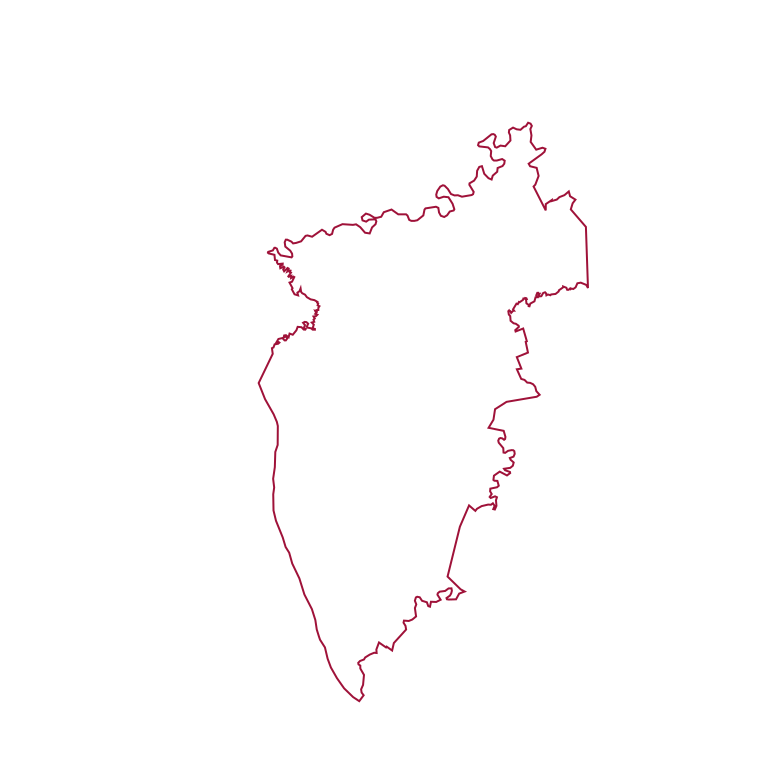 outline of Uthungulu, KwaZulu-Natal, South Africa, rotated 115°
{"feature_id": "47623444B51210648784187", "entity_name": "Uthungulu", "entity_type": "district", "adm_level": 2, "iso_a3": "ZAF", "parent_name": "South Africa", "parent_adm1": "KwaZulu-Natal", "projection": "robinson", "projection_center": [31.342, -28.763], "detail": "fine", "context": "isolated", "style": "outline", "palette": "rose", "viewbox_px": 768, "rotation_deg": 115, "n_neighbors": 0, "source": "geoboundaries", "source_scale": "gbopen_adm2", "svg_char_len": 6156}
<svg xmlns="http://www.w3.org/2000/svg" viewBox="0 0 768 768"><g transform="rotate(115 384 384)"><path d="M436.1,498.0L448.0,485.4L458.1,471.2L463.6,465.1L466.9,462.5L484.2,454.6L491.5,453.8L505.5,447.8L516.8,444.4L524.2,439.8L530.7,437.8L545.3,430.7L553.6,424.1L565.9,410.9L573.3,404.3L577.0,398.6L585.5,391.3L596.0,378.5L608.4,367.2L618.5,354.2L626.9,346.5L634.9,341.2L640.2,336.4L642.8,333.9L647.7,326.2L656.8,319.0L663.4,312.3L670.5,302.3L676.7,291.5L680.8,279.7L681.9,272.4L674.7,270.9L673.1,273.9L670.4,275.7L665.6,275.8L656.1,279.2L651.9,285.2L649.2,286.5L648.9,288.6L647.6,289.5L645.2,288.7L642.1,285.7L639.8,285.5L635.2,282.5L631.7,279.3L630.9,277.0L627.9,278.7L620.4,279.3L621.9,270.8L620.9,270.6L622.1,264.0L614.6,265.6L597.2,260.2L594.1,262.3L592.1,265.4L590.0,265.9L588.3,261.4L585.5,258.8L581.1,256.7L574.0,261.3L570.1,261.6L567.4,264.4L564.0,264.9L562.8,264.0L562.2,261.5L564.4,257.9L563.7,252.9L566.6,250.0L566.4,248.2L561.5,249.4L559.5,244.6L555.6,241.5L552.4,246.5L550.9,246.8L548.7,245.8L545.7,241.1L542.0,239.1L540.7,236.5L542.7,235.1L545.4,234.6L547.9,234.8L551.6,236.9L552.5,236.0L552.0,234.3L548.7,227.7L542.2,227.3L538.0,223.2L537.7,227.8L531.7,245.0L481.3,254.9L458.1,255.6L460.4,247.6L457.8,247.0L453.4,243.9L449.3,238.7L448.2,236.0L446.1,234.9L447.7,232.2L451.2,232.1L450.9,230.5L446.9,230.6L442.0,233.4L438.9,233.8L438.9,235.9L442.2,239.1L441.7,240.5L438.2,239.9L436.4,242.5L433.9,243.4L429.8,237.9L427.7,237.0L423.9,240.3L425.0,243.1L424.7,244.3L420.6,245.6L414.5,242.1L414.9,233.9L411.4,232.0L410.5,232.7L411.0,237.9L410.1,239.4L406.6,234.1L403.6,232.7L400.3,233.3L399.2,237.2L397.9,238.7L395.1,235.9L392.1,236.0L389.8,237.5L389.4,238.8L390.0,240.4L392.1,243.3L395.2,245.1L395.6,246.7L391.7,248.8L388.7,255.2L387.1,256.5L384.9,256.6L383.8,255.7L383.3,253.8L383.8,251.6L382.7,251.0L380.6,251.6L375.9,255.7L379.5,270.7L370.1,269.7L359.9,272.7L348.4,265.4L331.0,240.2L328.0,238.4L326.1,242.9L322.6,245.8L321.2,248.8L321.2,252.0L322.2,254.8L320.9,258.4L321.4,261.8L314.5,269.8L312.0,266.0L303.5,275.0L294.7,266.8L285.9,273.4L284.9,272.6L274.9,281.3L280.8,286.9L279.7,287.8L275.2,285.9L274.3,286.6L273.7,290.0L274.2,292.2L273.2,296.0L269.1,298.3L268.3,300.2L265.5,302.1L264.6,301.8L265.2,301.2L264.6,300.3L265.8,298.8L263.0,297.9L262.6,297.1L261.8,298.6L255.2,297.9L255.1,296.5L252.6,296.4L252.6,295.7L249.1,293.6L247.6,293.8L247.3,292.5L246.4,292.5L246.1,291.2L246.8,290.4L247.4,291.0L250.7,289.0L251.2,286.2L252.3,285.8L252.1,285.0L249.3,285.4L245.5,282.6L241.4,283.3L240.5,281.6L239.3,283.5L236.6,283.6L236.2,282.8L237.0,282.3L236.4,281.1L239.1,281.3L238.9,280.1L237.9,278.5L234.3,278.2L232.8,276.8L233.3,275.5L235.0,274.3L233.6,273.3L233.2,270.7L232.2,270.4L229.9,266.6L226.3,264.8L225.2,265.1L220.7,262.5L219.9,262.9L219.7,259.4L221.2,257.8L220.6,256.5L218.7,255.7L219.2,254.9L218.3,254.4L217.9,252.6L215.4,251.2L211.0,251.3L209.0,248.5L208.7,242.6L210.8,239.7L156.3,267.4L146.8,288.5L140.5,289.4L136.0,288.4L135.2,294.7L131.4,297.9L136.6,300.3L140.5,304.0L143.8,305.3L147.4,309.4L146.4,309.7L152.6,313.4L158.3,310.8L141.8,331.9L139.4,331.1L130.1,331.8L123.6,337.0L124.9,343.6L123.2,346.0L109.2,338.2L105.7,336.7L102.6,337.1L102.9,340.2L107.3,345.1L102.6,353.4L96.4,355.4L91.1,359.1L87.6,359.1L86.1,361.2L86.3,363.8L90.4,364.4L91.7,365.9L95.9,367.7L97.1,371.4L97.1,375.4L100.9,377.9L103.3,377.1L105.3,374.8L109.9,372.3L117.3,374.6L118.7,379.2L122.1,381.7L122.3,383.4L119.3,386.4L112.5,387.2L111.3,389.0L111.3,390.5L112.3,392.1L121.8,396.8L125.2,400.1L127.8,399.7L128.4,398.1L125.6,389.7L126.3,387.3L127.6,385.3L132.3,383.6L134.6,380.6L135.0,378.8L133.8,376.2L130.2,372.0L130.6,369.0L133.5,368.1L136.4,368.7L140.2,372.3L143.8,371.1L149.2,373.5L153.2,372.9L153.3,376.3L151.1,382.0L145.2,387.3L147.0,389.4L151.4,389.7L156.8,387.6L161.6,388.3L166.0,391.3L167.4,390.8L172.0,383.9L174.3,383.5L175.7,384.4L181.3,392.5L181.7,396.8L183.3,399.8L183.5,403.6L180.3,408.5L178.7,412.9L179.0,414.6L181.3,416.4L186.6,417.3L190.3,416.7L192.2,415.4L192.6,412.8L189.0,409.0L187.5,404.5L191.7,398.0L195.9,394.1L197.3,394.2L199.9,397.3L204.4,398.1L207.2,400.0L207.5,403.6L205.3,406.6L201.4,409.2L201.4,411.8L207.3,420.6L208.8,421.0L214.6,419.6L221.5,423.0L223.3,425.4L224.6,428.2L224.6,430.5L221.4,433.9L220.9,435.7L224.2,442.8L222.7,450.9L228.4,456.8L233.6,457.2L236.3,460.5L237.4,462.8L236.7,468.6L237.2,472.4L242.2,474.7L244.8,472.6L244.4,468.8L241.4,467.1L238.9,462.4L238.6,461.0L239.8,459.7L242.8,459.2L247.1,461.0L253.6,460.6L254.9,465.1L251.9,471.8L251.1,476.8L252.9,479.4L256.7,489.2L263.2,494.9L265.7,495.3L269.9,494.5L272.1,496.2L272.2,499.7L270.8,501.3L270.4,505.4L280.9,511.4L281.7,516.1L282.9,517.7L289.7,519.4L293.3,523.3L295.0,525.8L294.1,528.1L294.1,532.8L294.7,534.0L297.5,533.9L301.2,531.5L302.8,525.3L304.7,522.4L307.1,521.0L308.3,521.3L311.1,532.0L309.6,535.4L306.6,538.3L306.5,540.2L306.9,540.9L309.9,541.2L313.2,544.8L314.1,544.7L314.4,543.7L313.2,537.9L317.7,535.2L317.3,532.9L319.2,532.3L320.1,530.7L317.7,526.7L318.7,526.3L321.1,528.1L322.9,526.9L320.0,524.4L320.3,523.5L322.9,523.7L324.1,522.1L319.6,520.4L319.7,519.2L322.9,519.1L321.1,517.8L320.8,516.7L322.4,516.6L322.4,515.4L326.9,516.2L327.1,515.6L325.1,513.7L327.2,513.0L324.9,511.4L325.0,510.5L330.2,510.6L332.0,512.5L335.8,507.4L337.1,507.6L340.5,503.0L340.0,499.3L337.8,501.1L335.6,499.8L332.6,500.0L335.5,498.1L336.3,496.5L336.4,493.3L337.9,490.6L338.3,486.3L337.4,482.5L337.7,479.0L338.5,479.0L338.8,477.7L340.8,477.4L340.8,475.4L342.7,475.7L344.7,474.8L345.5,476.3L346.6,475.6L346.8,477.3L348.3,475.5L349.5,475.9L349.4,473.7L351.3,474.4L352.6,476.4L353.9,474.4L355.4,475.1L357.1,473.5L358.8,475.4L359.9,472.7L363.6,472.3L363.3,469.9L364.0,469.6L364.9,471.7L364.3,473.4L365.2,477.2L364.7,478.2L361.4,478.2L360.7,480.4L361.2,482.1L362.7,483.2L364.0,480.5L367.1,480.3L367.2,478.2L368.0,478.3L368.6,479.8L367.4,482.8L368.7,486.4L372.4,486.1L377.9,487.5L378.2,490.9L382.0,490.2L381.2,493.5L382.2,495.0L384.2,494.6L382.5,492.9L382.7,491.6L383.8,491.0L386.0,491.4L386.5,492.5L385.3,495.5L387.8,498.7L391.8,499.1L390.5,497.2L390.7,496.3L392.3,497.0L394.3,499.9L397.6,499.6L398.9,500.7L403.7,497.6L436.1,498.0Z" fill="none" stroke="#9f1239" stroke-width="2"/></g></svg>